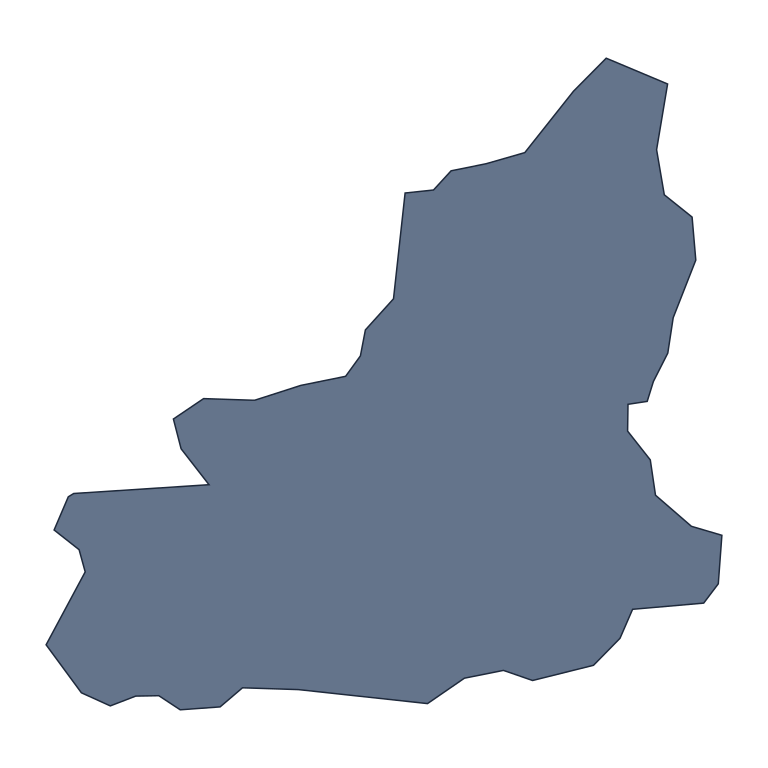 outline of Ak-Talaa, Naryn, Kyrgyzstan
{"feature_id": "92254566B17697144541552", "entity_name": "Ak-Talaa", "entity_type": "district", "adm_level": 2, "iso_a3": "KGZ", "parent_name": "Kyrgyzstan", "parent_adm1": "Naryn", "projection": "equal_earth", "projection_center": [74.786, 41.313], "detail": "fine", "context": "isolated", "style": "filled", "palette": "slate", "viewbox_px": 768, "rotation_deg": 0, "n_neighbors": 0, "source": "geoboundaries", "source_scale": "gbopen_adm2", "svg_char_len": 806}
<svg xmlns="http://www.w3.org/2000/svg" viewBox="0 0 768 768"><path d="M110.3,705.9L135.7,696.1L158.8,695.7L180.2,709.8L220.1,706.9L242.5,687.8L298.4,689.6L427.5,703.6L464.4,678.2L503.4,670.4L532.6,680.5L593.5,665.3L620.0,638.3L632.6,609.3L703.7,603.1L718.3,583.8L721.9,535.3L691.4,526.3L655.5,495.2L650.3,459.9L627.6,431.1L628.0,404.3L647.2,401.4L653.4,381.5L667.8,353.1L673.2,317.7L695.8,260.1L692.1,217.1L664.3,194.8L656.6,149.7L667.6,84.0L606.2,58.2L573.5,91.2L524.8,152.6L486.2,163.7L451.1,170.8L433.5,190.0L405.1,193.0L393.5,298.8L365.4,329.9L360.4,355.9L345.6,376.3L300.8,385.4L254.8,400.2L252.0,400.2L203.6,398.6L173.4,419.0L181.1,448.8L209.0,484.7L73.7,493.5L68.3,496.8L54.1,530.0L79.1,549.7L85.2,571.9L46.1,644.8L81.4,692.8L110.3,705.9Z" fill="#64748b" stroke="#1e293b" stroke-width="1.5"/></svg>